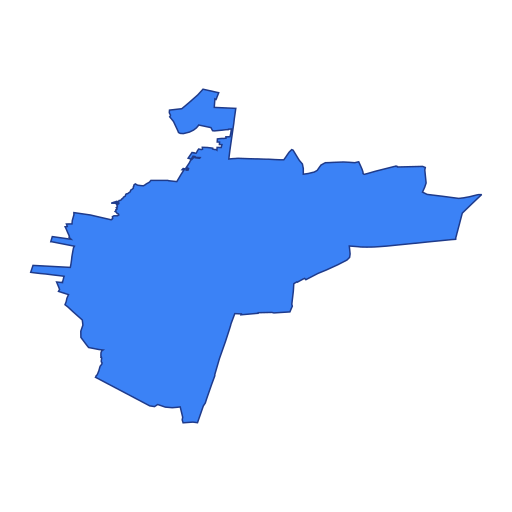 Limbaži, Limbaži, Latvia
{"feature_id": "27541924B93215456258482", "entity_name": "Limbaži", "entity_type": "district", "adm_level": 2, "iso_a3": "LVA", "parent_name": "Latvia", "parent_adm1": "Limbaži", "projection": "equal_earth", "projection_center": [24.717, 57.51], "detail": "fine", "context": "isolated", "style": "filled", "palette": "blue", "viewbox_px": 512, "rotation_deg": 0, "n_neighbors": 0, "source": "geoboundaries", "source_scale": "gbopen_adm2", "svg_char_len": 5734}
<svg xmlns="http://www.w3.org/2000/svg" viewBox="0 0 512 512"><path d="M308.3,173.5L303.3,174.2L303.3,168.3L303.0,167.1L302.7,165.5L302.4,164.0L299.5,160.6L298.5,159.1L293.1,150.2L291.7,149.6L289.2,152.1L288.4,153.2L286.6,155.8L286.1,156.6L283.8,159.8L280.5,159.8L278.0,159.7L275.5,159.6L268.3,159.2L265.8,159.2L262.8,159.1L260.4,159.0L258.0,158.9L255.6,158.9L252.7,158.8L248.8,158.7L246.1,158.6L240.6,158.4L238.1,158.3L236.4,158.4L235.7,158.5L233.3,158.6L228.8,159.0L229.9,150.2L231.7,137.7L233.4,126.0L233.8,123.3L234.3,118.8L235.4,111.2L235.7,108.9L235.8,108.4L233.9,108.3L214.3,107.4L214.3,106.7L214.9,98.9L216.0,99.5L216.7,98.0L216.9,97.3L218.3,93.8L218.7,92.7L218.3,92.6L217.2,92.4L203.0,89.2L197.8,94.9L188.6,103.0L181.8,108.7L169.5,110.1L169.3,112.2L169.4,113.0L170.5,115.1L170.3,116.0L169.9,116.6L169.7,116.8L173.5,121.5L177.9,130.9L178.5,132.5L180.2,133.4L183.4,133.6L189.4,132.1L193.5,130.1L196.4,127.9L198.2,125.8L198.7,125.0L210.9,127.6L212.6,130.7L214.4,130.9L221.9,130.2L225.8,129.7L228.4,129.6L228.5,129.2L231.4,129.0L230.8,133.1L230.0,136.7L227.7,136.8L225.9,136.8L226.0,137.8L226.0,138.2L223.1,138.5L222.3,138.4L219.9,138.6L217.4,138.9L217.3,140.3L217.2,142.0L219.6,142.1L219.5,143.0L219.4,144.5L221.9,144.6L221.2,147.5L220.0,147.5L218.4,147.4L217.1,147.4L216.9,150.2L216.1,149.6L214.3,149.5L212.6,149.0L212.7,148.2L210.9,147.9L210.7,147.9L208.2,147.6L207.7,147.5L205.2,147.4L202.3,147.3L202.5,149.3L201.3,149.6L198.7,149.0L197.6,150.5L197.1,151.5L196.6,152.4L196.0,153.3L194.9,153.1L193.6,152.9L193.7,152.7L192.0,152.5L188.1,158.2L191.2,159.2L193.0,156.2L195.1,156.5L195.7,157.4L194.2,157.0L191.9,159.4L190.7,160.2L189.2,163.1L187.8,165.2L186.2,167.6L187.8,168.1L188.6,168.6L188.0,170.2L186.5,170.2L187.0,169.3L185.2,168.9L183.2,168.5L182.1,169.7L184.0,169.9L181.5,173.7L179.3,177.4L176.8,181.6L168.5,180.7L167.9,180.4L150.9,180.4L150.4,181.0L149.5,182.1L148.1,182.9L146.3,183.9L144.8,185.0L143.4,185.8L140.9,185.6L137.6,185.2L135.3,183.9L133.9,185.0L133.8,186.2L133.3,186.9L133.3,188.2L132.2,189.2L130.9,190.0L130.6,190.5L130.3,191.7L128.5,193.0L127.6,193.7L126.6,193.8L126.0,194.1L125.5,195.1L125.3,196.1L124.6,196.6L124.0,196.8L123.4,197.3L122.9,198.1L122.6,198.6L121.8,198.9L120.8,200.2L120.3,200.4L119.1,200.5L118.7,201.2L118.6,202.3L118.8,203.6L118.2,204.1L117.5,204.3L116.8,204.1L116.3,203.5L116.7,203.2L117.8,202.6L117.8,202.3L117.4,201.5L116.8,201.3L116.2,201.5L116.5,202.2L116.1,202.3L115.2,201.9L114.5,202.0L113.1,202.5L111.2,203.2L115.4,203.2L116.7,204.3L117.0,205.4L117.4,206.0L117.1,206.5L117.3,207.0L116.3,207.7L116.9,208.3L117.0,209.1L115.9,209.7L115.9,210.7L115.1,211.5L116.4,212.3L117.2,213.6L118.4,213.9L118.8,215.0L117.5,215.8L113.9,215.8L112.4,216.7L112.7,218.3L112.2,218.6L112.0,219.4L111.1,219.8L109.5,219.4L96.9,216.5L90.5,215.0L73.9,212.6L73.9,214.8L72.3,220.5L72.0,223.9L66.4,224.0L67.3,226.5L65.1,226.8L65.9,228.3L67.7,232.6L69.4,236.3L69.0,237.2L71.1,239.3L67.0,238.7L53.1,236.7L52.3,236.6L50.9,241.3L50.8,241.7L51.5,241.7L74.4,246.2L73.5,247.8L72.8,251.4L71.9,256.6L71.6,259.4L71.0,263.8L70.3,267.4L51.7,266.4L33.0,265.4L30.8,272.0L30.7,272.3L33.5,272.7L40.2,273.5L45.8,274.0L53.7,275.0L61.5,275.9L64.1,276.3L63.8,277.1L63.1,280.1L62.7,281.4L62.5,281.6L62.4,281.7L62.5,281.9L62.5,282.6L56.6,282.0L58.9,287.6L59.1,288.2L59.6,289.4L58.5,291.4L66.6,294.0L68.5,294.6L66.9,298.3L66.8,298.8L66.2,301.6L65.0,304.7L67.8,306.9L73.1,311.8L82.3,320.0L82.9,325.1L80.8,331.2L80.9,337.4L86.6,345.0L88.6,347.5L99.3,349.6L99.7,349.6L103.0,350.0L101.8,350.8L101.4,351.6L101.2,352.2L101.0,352.7L100.9,355.4L101.0,356.2L100.9,357.2L101.4,357.1L101.7,358.3L101.3,360.5L101.3,361.8L102.0,362.7L101.9,363.7L101.7,364.3L100.3,366.0L100.0,366.7L99.7,367.5L99.6,368.1L99.1,369.8L98.8,371.0L98.4,371.8L98.1,372.6L97.6,373.9L97.0,375.0L96.2,375.7L95.8,376.8L95.5,377.3L95.9,377.5L149.8,405.9L151.4,406.1L154.5,406.6L157.7,404.5L165.3,407.1L172.2,407.7L177.1,407.3L180.2,406.9L182.7,417.2L182.4,418.8L182.2,419.9L183.1,422.8L192.9,422.1L197.5,422.7L203.3,406.0L205.3,403.0L206.6,398.9L211.6,384.5L214.8,375.8L214.8,374.5L219.5,358.4L225.5,341.4L229.1,330.3L230.5,325.8L231.0,323.8L233.9,316.0L234.2,315.2L234.8,313.6L241.3,313.9L241.0,314.8L256.7,313.4L258.1,313.3L258.2,312.7L271.8,312.4L273.8,312.9L274.2,312.9L280.3,312.5L289.9,311.9L290.9,309.5L292.3,306.2L291.8,304.2L293.3,291.5L293.5,288.7L293.6,286.7L293.8,284.0L293.9,283.6L295.8,282.5L296.8,281.9L297.1,282.1L297.3,282.2L303.0,279.1L304.6,278.4L305.4,279.2L305.9,279.7L306.3,279.4L306.8,279.2L318.0,273.4L326.3,270.0L331.1,267.8L337.7,264.8L347.0,260.0L349.6,257.4L349.9,255.3L350.0,254.5L350.1,254.0L349.3,246.0L358.3,246.7L360.9,247.0L366.7,247.1L373.7,247.0L378.4,246.7L381.3,246.5L386.7,246.1L395.5,245.2L414.5,243.3L415.1,243.3L426.2,242.1L432.2,241.5L439.5,240.8L451.5,239.6L455.7,239.3L455.8,237.5L456.0,237.0L456.0,236.9L456.5,235.2L456.9,233.4L457.4,231.7L458.3,228.2L459.2,224.9L460.1,221.4L461.2,217.2L462.3,213.1L471.8,203.9L481.3,194.9L481.2,194.6L480.4,194.6L478.7,194.6L477.0,194.9L473.7,195.7L469.3,196.8L465.9,197.4L463.3,197.9L462.0,198.0L460.8,198.2L458.6,198.4L442.8,196.3L427.1,194.4L422.5,192.1L424.7,187.2L426.1,183.0L424.8,170.0L425.3,167.5L422.6,166.4L397.5,167.0L396.7,166.4L396.8,166.3L395.9,166.0L395.5,166.4L394.6,166.4L376.3,171.0L374.5,171.5L366.9,173.7L366.2,173.8L365.1,174.2L364.2,174.3L363.4,173.9L363.0,173.4L363.1,173.1L362.9,171.8L362.1,169.4L360.5,165.7L358.7,161.8L358.1,161.9L356.9,162.2L356.0,162.4L354.8,162.7L349.3,162.3L343.4,162.0L332.8,162.4L329.2,162.6L325.4,162.7L324.0,163.4L320.9,165.1L320.7,165.5L319.7,166.8L317.2,170.4L314.0,172.2L313.6,172.2L311.9,172.6L308.3,173.5ZM195.7,157.4L200.1,157.6L199.6,158.3L198.4,158.2L195.5,157.8L195.7,157.4Z" fill="#3b82f6" stroke="#1e3a8a" stroke-width="1.5"/></svg>